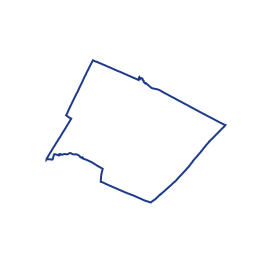 the district of Serbanesti, Olt, Romania, rotated 241°
{"feature_id": "2599482B90553922422134", "entity_name": "Serbanesti", "entity_type": "district", "adm_level": 2, "iso_a3": "ROU", "parent_name": "Romania", "parent_adm1": "Olt", "projection": "robinson", "projection_center": [24.682, 44.329], "detail": "fine", "context": "isolated", "style": "outline", "palette": "blue", "viewbox_px": 256, "rotation_deg": 241, "n_neighbors": 0, "source": "geoboundaries", "source_scale": "gbopen_adm2", "svg_char_len": 5529}
<svg xmlns="http://www.w3.org/2000/svg" viewBox="0 0 256 256"><g transform="rotate(241 128 128)"><path d="M83.3,214.6L83.9,214.1L85.5,213.0L86.2,212.5L88.1,211.2L91.2,209.1L92.0,208.6L92.7,208.2L96.8,205.5L100.4,203.1L102.2,202.0L104.4,200.5L105.1,200.0L106.0,199.4L110.6,196.5L111.7,195.7L114.3,194.1L115.5,193.3L117.0,192.4L118.2,191.7L120.1,190.4L120.6,190.1L121.1,189.7L122.7,188.7L123.0,188.5L124.1,187.8L124.4,187.6L124.8,187.4L125.8,186.7L126.1,186.5L127.1,185.8L127.9,185.3L130.8,183.5L131.3,183.2L132.2,182.6L134.1,181.3L138.7,178.4L141.0,176.9L142.5,176.0L143.3,175.4L144.7,174.7L145.4,174.2L145.7,174.0L146.2,173.7L146.4,173.5L146.7,173.3L146.9,173.1L147.2,172.8L147.7,172.2L148.8,171.1L149.4,170.3L150.0,169.6L150.5,169.0L151.0,168.5L151.3,168.3L151.7,168.0L152.1,167.8L157.7,165.7L158.8,165.3L158.8,165.1L158.7,165.0L158.7,164.9L158.6,164.7L159.0,164.5L160.2,164.2L160.5,164.1L161.0,164.1L161.5,164.5L161.8,164.6L162.0,164.5L162.6,164.3L163.1,164.1L163.3,164.1L163.5,164.2L163.6,164.4L163.7,164.5L163.9,164.6L164.1,164.6L164.3,164.5L164.5,164.2L165.1,163.9L165.3,163.8L165.3,163.7L165.4,163.4L165.6,163.4L165.8,163.3L165.8,163.2L165.7,163.1L165.3,162.9L165.3,162.7L165.2,162.6L165.0,162.2L164.8,162.0L164.8,161.9L164.9,161.7L165.0,161.7L165.3,161.9L165.5,162.0L165.8,162.0L166.5,162.2L166.9,162.3L166.8,162.1L166.4,161.8L166.2,161.7L165.9,161.1L165.7,160.8L165.6,160.7L165.3,160.6L165.0,160.4L165.3,160.2L166.2,159.5L167.4,158.6L168.2,158.1L168.6,157.7L169.2,157.2L170.4,156.3L171.3,155.6L171.9,155.2L172.5,154.7L173.2,154.2L173.9,153.6L174.8,153.0L175.5,152.5L176.1,151.9L176.9,151.4L177.6,150.8L178.1,150.4L179.4,149.5L181.3,148.0L181.8,147.6L182.7,146.8L184.7,145.3L187.1,143.5L187.9,142.9L189.0,142.1L190.7,140.7L191.1,140.4L191.6,140.0L193.3,138.7L193.7,138.5L193.9,138.3L194.8,137.6L195.6,136.9L196.1,136.6L196.6,136.2L197.5,135.5L198.0,135.1L199.0,134.2L199.5,133.9L200.0,133.6L200.4,133.3L201.0,132.8L201.2,132.6L201.3,132.3L201.6,132.1L201.9,131.8L202.2,131.6L203.6,130.6L203.8,130.5L204.2,130.2L203.9,129.8L203.6,129.2L199.8,123.5L198.6,121.8L195.9,117.8L195.3,117.1L194.9,116.6L193.8,114.7L192.7,113.3L191.8,112.1L190.8,110.8L187.2,105.6L185.4,103.2L184.4,101.9L182.8,99.3L175.2,88.5L174.3,87.3L172.4,84.6L171.0,82.8L170.3,81.9L169.1,80.0L168.5,80.3L166.7,81.1L165.9,81.5L165.4,81.8L165.0,82.2L163.7,82.9L163.5,82.6L163.3,82.3L163.0,81.6L162.5,80.8L162.0,80.0L161.4,78.9L160.3,76.9L159.6,75.6L158.8,74.3L158.1,73.2L157.6,72.2L157.0,71.2L156.7,70.7L156.4,70.1L156.1,69.5L155.7,68.8L155.2,67.9L154.0,65.9L153.2,64.5L152.9,64.0L152.2,62.5L151.8,61.7L151.3,60.9L150.8,60.0L150.3,59.2L149.6,57.7L148.6,56.2L148.5,55.9L148.2,55.5L147.8,54.6L147.3,53.6L146.3,51.9L145.8,51.1L144.6,49.1L144.4,48.5L143.9,47.8L143.6,47.1L143.3,46.6L142.9,46.0L142.5,45.3L141.9,44.3L141.6,43.9L141.4,43.3L140.9,42.6L140.7,42.1L140.5,41.9L140.1,41.6L139.8,41.4L140.0,42.0L139.8,42.5L138.5,44.4L138.4,44.5L138.1,45.0L137.9,45.5L137.7,45.7L137.4,45.9L137.2,46.1L137.1,46.3L137.1,46.5L137.2,47.0L137.7,47.5L138.3,48.1L139.9,49.6L140.4,50.1L140.6,50.4L140.8,50.6L140.8,50.8L140.8,51.0L140.7,51.1L139.5,52.4L139.3,52.6L138.5,53.4L137.6,54.1L138.2,54.6L137.5,55.3L137.4,55.7L137.5,55.9L138.1,56.0L138.0,56.4L137.5,56.5L137.0,56.8L136.8,57.1L136.4,57.9L136.3,58.5L136.4,58.9L136.1,59.8L135.9,60.1L134.9,61.3L134.6,61.7L134.4,62.2L134.3,62.8L134.2,63.0L134.3,63.5L134.4,63.9L134.4,64.2L134.3,64.5L134.2,64.9L133.9,65.6L133.7,65.8L133.1,66.1L132.6,66.4L132.3,66.6L131.9,66.9L131.7,67.1L131.0,68.2L130.7,68.7L130.3,69.4L130.1,70.0L129.9,70.3L129.3,70.7L128.9,71.0L128.4,71.4L128.2,71.5L127.3,71.9L126.7,72.1L126.4,72.2L126.0,72.2L125.6,72.1L125.3,72.3L124.7,73.3L124.6,73.6L124.5,74.0L124.2,74.1L123.5,73.5L123.2,73.7L122.3,74.6L121.5,75.2L120.3,76.3L119.3,77.0L117.4,78.4L116.1,79.4L114.0,80.6L112.0,81.7L110.4,82.6L109.7,82.9L109.1,83.4L108.7,83.6L108.4,83.7L107.7,84.2L107.0,84.7L106.4,85.0L105.2,85.7L104.6,86.1L102.3,84.0L101.4,83.2L100.5,82.3L100.0,82.0L99.6,81.7L98.2,80.7L94.2,78.1L93.5,78.8L92.6,79.6L90.6,81.0L87.9,83.0L86.4,84.1L85.7,84.7L84.7,85.4L75.2,92.7L71.4,95.7L68.0,98.6L67.7,98.8L67.4,99.1L67.0,99.5L62.1,103.2L60.0,104.8L57.1,107.0L56.3,107.6L55.9,107.9L55.1,108.7L54.7,109.0L54.4,109.4L54.0,109.8L53.6,110.2L53.0,110.7L52.8,110.9L52.4,111.3L52.1,111.5L51.8,111.8L52.0,112.2L52.1,113.2L52.2,114.4L52.3,115.2L52.4,115.7L52.4,117.0L52.5,117.3L52.5,117.6L52.9,118.9L53.2,119.8L53.3,120.5L54.1,123.2L54.3,124.2L54.1,124.2L54.3,125.2L54.8,127.1L55.0,128.3L55.1,128.8L55.3,129.4L55.4,130.2L55.7,131.4L56.0,132.7L56.1,133.1L56.5,134.8L57.0,137.1L57.3,138.5L57.5,139.2L57.6,139.5L57.9,140.5L58.3,142.6L58.4,143.2L58.5,143.6L58.7,144.3L59.0,145.1L59.3,146.2L59.6,146.8L59.9,147.6L60.2,148.5L60.8,150.5L61.2,151.9L61.5,152.7L61.8,153.6L62.9,157.0L63.1,157.7L63.5,158.8L64.1,160.4L64.3,161.1L64.8,162.5L64.9,162.8L65.1,163.2L65.2,163.3L65.7,164.6L66.0,165.2L66.2,165.7L66.5,166.3L66.6,166.7L67.1,167.8L67.2,168.2L67.5,168.4L67.8,169.1L67.9,169.4L68.6,171.2L69.1,172.7L69.3,173.2L69.8,174.7L70.3,176.2L70.8,177.3L71.0,178.0L71.3,178.8L72.0,180.6L72.3,181.1L72.6,182.0L73.0,182.8L73.2,183.4L73.5,184.1L73.9,184.9L74.4,186.2L74.6,186.8L74.9,187.5L75.2,188.2L75.6,189.4L75.7,189.8L76.0,190.6L76.2,191.1L76.3,191.4L76.4,191.7L76.7,192.5L76.8,192.5L76.9,193.0L77.1,193.6L77.3,194.3L77.6,195.3L77.7,195.9L77.8,196.2L78.0,197.0L78.7,199.1L78.9,200.0L79.3,201.2L79.5,201.9L79.7,202.7L80.5,205.5L80.8,206.3L81.2,207.7L81.5,208.6L82.0,210.4L82.2,211.2L82.6,212.7L83.1,214.2L83.3,214.6Z" fill="none" stroke="#1e3a8a" stroke-width="2"/></g></svg>